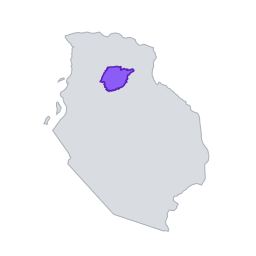 Ulanga, Morogoro, United Republic of Tanzania shown in context, rotated 199°
{"feature_id": "72390352B93515871634078", "entity_name": "Ulanga", "entity_type": "district", "adm_level": 2, "iso_a3": "TZA", "parent_name": "United Republic of Tanzania", "parent_adm1": "Morogoro", "projection": "albers", "projection_center": [36.287, -9.043], "detail": "fine", "context": "in_parent", "style": "filled", "palette": "violet", "viewbox_px": 256, "rotation_deg": 199, "n_neighbors": 0, "source": "geoboundaries", "source_scale": "gbopen_adm2", "svg_char_len": 7680}
<svg xmlns="http://www.w3.org/2000/svg" viewBox="0 0 256 256"><g transform="rotate(199 128 128)"><path d="M97.3,177.3L94.7,175.9L92.3,175.1L90.4,174.2L89.5,173.3L87.7,172.9L86.1,172.8L84.7,172.0L81.7,171.7L81.3,171.2L81.3,169.9L80.7,169.6L79.7,169.3L78.5,169.3L77.8,169.5L77.3,169.4L76.4,168.7L75.5,167.8L75.1,166.3L73.7,165.3L72.1,164.6L67.7,164.7L67.1,164.5L66.0,163.8L64.8,162.6L63.8,161.1L62.9,159.2L61.9,156.6L56.7,146.3L56.2,144.3L55.2,142.2L53.5,139.5L51.8,137.6L49.4,135.8L46.8,134.1L45.3,132.9L42.5,128.0L41.9,125.7L41.5,123.4L41.6,122.4L43.3,119.3L43.4,118.5L43.2,117.3L42.3,114.9L41.2,112.0L38.9,106.6L38.6,105.3L38.6,104.2L39.8,98.8L39.7,98.0L44.8,98.0L48.5,95.6L51.7,91.9L52.3,90.4L53.6,88.1L54.8,86.9L55.3,86.2L56.0,83.9L57.7,82.3L59.3,81.1L59.0,80.2L59.2,79.9L60.1,79.3L61.9,78.7L62.2,77.5L62.2,76.2L61.9,75.4L61.9,74.5L61.6,74.1L60.5,73.9L58.8,73.3L57.3,73.0L56.3,72.7L56.0,72.4L55.8,71.6L56.6,69.5L55.8,68.6L57.5,65.1L57.8,64.7L58.5,64.7L59.5,64.3L60.4,64.1L61.2,64.2L61.8,64.1L62.3,63.7L62.7,62.5L63.0,60.5L62.8,58.9L62.0,57.7L61.8,55.8L62.1,53.3L61.8,51.2L61.0,49.6L60.1,48.6L58.8,48.1L56.8,45.6L56.1,44.4L56.2,43.6L56.9,43.3L58.2,43.4L59.4,43.1L60.5,42.3L61.6,42.1L62.2,42.2L113.4,41.7L173.0,74.4L173.3,74.8L173.7,77.6L173.6,78.6L172.7,80.2L172.4,81.1L172.4,81.7L172.6,81.9L173.4,82.0L174.1,82.4L174.3,82.7L174.8,83.9L175.5,84.5L197.9,100.8L198.4,101.1L198.1,102.4L196.8,105.7L196.7,107.1L196.2,108.7L195.7,109.7L194.4,114.3L193.3,116.1L191.8,120.1L191.5,123.2L192.3,125.4L192.6,127.5L194.3,129.5L195.7,130.2L196.6,131.1L198.3,133.2L199.2,135.3L202.2,136.4L203.3,138.7L202.9,140.3L201.5,141.7L200.2,143.8L199.1,146.7L199.1,151.0L199.8,150.4L201.3,151.5L201.5,154.7L199.8,158.4L199.3,160.1L199.2,161.6L200.4,166.1L202.1,168.4L202.0,169.1L201.5,169.7L204.5,173.8L204.2,177.3L205.4,180.0L205.8,182.4L206.6,184.2L206.7,185.5L205.7,186.9L207.9,187.2L209.2,188.4L209.8,189.5L211.4,189.4L212.3,190.2L213.5,190.8L216.2,192.7L217.0,193.6L217.4,194.5L209.8,200.2L207.1,201.6L205.1,202.3L203.0,202.6L201.0,203.5L199.2,204.9L196.8,205.6L193.9,205.6L190.8,206.6L186.0,209.5L183.2,207.9L181.0,207.3L178.5,207.4L176.9,207.6L176.4,207.9L175.9,208.9L175.5,210.6L173.8,212.2L170.9,213.7L168.2,214.2L165.8,213.9L164.1,213.2L163.2,212.3L162.0,211.9L160.3,212.0L158.7,212.6L157.1,213.8L154.7,214.3L151.3,214.2L149.5,213.6L149.2,212.6L147.8,211.4L145.1,210.1L143.1,210.1L141.8,211.3L140.6,212.2L139.6,212.5L138.6,212.5L137.2,212.2L133.5,212.1L130.0,212.1L129.6,210.3L128.9,209.1L128.2,208.5L127.0,208.3L126.7,207.8L126.3,206.6L125.6,205.7L124.8,204.9L124.4,204.1L124.2,203.4L124.3,202.7L125.1,200.8L125.3,199.5L125.2,198.1L124.8,196.8L123.9,195.1L124.0,194.7L123.7,193.6L123.7,192.8L123.9,191.8L123.7,190.5L123.0,187.8L123.0,187.1L122.2,185.8L119.8,182.7L119.7,182.3L116.0,179.2L114.5,178.5L114.0,179.1L113.8,179.7L113.9,180.7L113.8,181.2L113.7,181.4L112.8,181.4L112.2,181.3L110.8,180.4L109.7,180.2L107.0,180.4L106.1,180.6L105.3,180.4L103.9,179.0L102.2,178.7L100.7,178.7L98.2,177.1L97.3,177.3ZM202.6,125.0L203.8,128.4L203.7,129.1L202.8,129.5L202.4,129.5L201.8,129.0L201.4,127.8L200.8,128.1L199.7,126.7L198.6,126.6L197.6,124.9L198.0,123.5L197.8,121.0L199.0,119.8L199.7,117.7L200.5,119.1L200.6,121.4L201.6,124.0L202.6,125.0ZM208.8,104.6L208.9,105.4L208.6,106.2L208.6,108.6L208.5,110.2L207.6,112.5L206.8,113.2L206.2,113.0L205.6,112.6L205.2,112.0L206.1,107.9L205.7,104.9L207.4,105.2L208.8,104.6ZM205.8,154.2L205.0,154.4L204.6,154.2L204.1,153.5L205.0,152.9L205.9,151.8L208.0,150.2L209.0,148.9L208.9,150.2L207.7,152.9L206.6,153.1L205.8,154.2Z" fill="#d9dde1" stroke="#a8b0b8" stroke-width="1"/><path d="M169.4,162.8L167.2,162.9L166.7,162.9L166.5,163.2L166.5,163.6L166.2,163.7L166.0,163.8L165.7,163.9L165.1,163.6L164.9,163.5L164.7,162.8L164.9,162.1L164.7,161.8L164.8,161.2L164.5,161.0L164.4,161.0L164.2,161.0L163.9,161.4L163.7,161.3L163.5,161.1L163.4,160.7L163.5,159.8L163.4,159.3L163.0,159.1L161.8,159.1L161.8,158.8L161.6,158.8L161.5,158.7L161.2,158.7L161.0,158.3L160.8,158.2L160.7,158.1L160.8,157.7L161.0,157.4L160.9,157.4L160.7,157.2L160.3,156.9L160.0,157.0L159.9,157.0L159.6,156.9L159.4,157.1L159.2,156.9L159.2,157.1L158.7,157.2L158.3,157.3L158.2,157.2L157.9,157.4L157.8,157.2L157.6,157.1L157.6,157.3L157.4,157.4L157.4,157.2L157.2,157.4L157.0,157.5L156.9,157.5L156.6,157.7L156.2,157.7L156.0,157.8L155.7,157.8L155.7,158.0L155.3,158.0L155.3,158.3L155.2,158.4L155.2,158.2L155.1,158.3L155.1,158.5L154.8,158.7L154.7,158.5L154.4,158.5L154.4,158.4L154.3,158.6L154.2,158.6L154.2,158.9L153.8,159.0L153.7,159.1L153.5,159.3L153.4,159.3L153.2,159.4L153.0,159.5L152.7,159.6L152.4,159.7L152.5,159.8L152.3,159.8L152.2,160.0L152.1,160.4L152.2,160.5L152.0,160.8L151.9,160.7L151.7,161.0L151.7,160.9L151.6,161.0L151.5,161.3L151.4,161.3L151.1,161.4L151.0,161.5L150.8,161.5L150.7,161.6L150.4,161.8L150.5,161.7L150.4,161.6L150.2,161.7L149.9,161.6L149.7,161.7L149.7,161.9L149.6,162.0L149.6,162.3L149.4,162.4L149.5,162.5L149.4,162.5L149.2,162.9L149.1,163.0L148.9,163.3L148.6,163.5L148.4,163.8L148.2,163.9L148.0,164.0L147.9,164.0L147.7,164.2L147.6,164.5L147.4,164.5L147.0,164.9L146.5,165.5L146.4,165.6L146.4,165.8L146.2,166.2L146.2,166.4L146.0,166.5L145.8,167.1L145.8,167.4L145.6,167.5L145.6,167.8L145.5,168.2L145.4,168.5L145.5,168.6L145.4,168.8L145.3,169.0L145.1,169.3L145.1,169.6L145.0,170.0L144.9,170.1L144.7,170.5L144.4,170.7L144.5,170.9L144.5,171.0L144.5,171.3L144.8,171.4L144.7,171.5L144.8,171.6L144.7,171.6L144.8,171.7L144.9,171.8L144.8,172.0L145.0,172.3L145.0,172.5L144.9,172.6L145.0,172.7L145.0,172.9L145.1,173.1L145.1,173.5L144.9,173.6L144.6,173.9L144.6,174.0L144.4,174.0L144.4,174.4L144.4,174.5L144.8,174.4L145.0,174.5L145.0,174.8L145.1,175.2L145.0,175.4L145.1,175.6L145.2,175.8L145.2,176.2L145.5,176.7L145.5,176.9L145.5,177.2L145.6,177.3L145.4,177.8L145.3,177.7L145.3,177.8L145.1,177.9L144.7,178.2L144.6,178.5L144.4,178.7L144.0,179.4L143.9,179.8L143.7,180.4L143.5,180.8L143.4,181.3L143.1,181.7L142.9,182.0L142.5,182.3L142.4,182.3L142.1,182.5L142.0,182.8L141.9,182.8L141.7,183.0L141.6,183.3L141.4,183.4L141.3,183.7L141.2,183.9L141.4,184.0L141.4,184.5L141.6,184.5L141.8,184.5L142.2,184.7L142.3,184.9L142.5,185.2L142.8,185.3L143.4,184.9L144.0,184.7L144.6,183.9L145.2,183.6L145.2,183.4L145.4,183.3L145.5,183.4L145.7,183.2L146.2,183.0L146.3,182.9L146.5,182.9L146.7,182.7L146.9,182.6L147.0,182.7L147.2,182.4L147.3,182.4L147.7,182.4L147.6,182.7L147.7,182.8L147.8,182.7L147.8,182.9L147.8,183.0L147.9,182.9L148.0,183.1L148.3,183.1L148.5,183.0L148.8,183.0L148.9,182.9L149.0,182.9L149.1,182.7L149.1,182.8L149.4,182.8L150.0,182.7L150.0,182.8L150.3,182.8L150.5,182.8L150.8,182.8L151.0,182.9L151.2,182.7L151.3,182.8L151.5,182.6L151.7,182.2L151.8,182.1L152.5,181.9L152.8,181.7L153.0,181.5L153.0,181.3L153.0,181.2L153.1,181.3L153.2,181.2L153.4,181.0L153.4,180.8L153.6,180.8L153.5,180.5L153.6,180.3L153.8,180.3L153.8,180.2L153.8,180.4L153.9,180.8L153.8,181.0L153.7,181.0L153.6,181.3L153.8,181.6L154.1,181.6L154.2,181.8L154.4,181.9L154.3,182.1L154.4,182.3L154.3,182.5L154.5,182.9L154.6,183.6L155.0,183.6L155.4,183.4L155.8,183.1L156.1,182.7L156.7,182.7L157.0,182.6L157.3,182.6L157.6,182.7L158.2,182.7L158.7,182.6L160.8,181.4L162.3,180.7L164.1,180.1L164.6,179.9L166.4,178.9L166.6,178.5L166.7,178.4L166.9,178.5L166.9,178.4L166.7,178.3L166.8,178.0L166.9,177.9L166.7,177.8L166.8,177.7L166.8,177.3L167.0,177.1L166.8,177.0L166.9,176.9L167.0,176.8L166.9,176.7L166.9,176.4L167.0,176.4L167.0,176.2L167.2,175.8L167.4,175.6L167.4,175.4L167.5,175.3L167.6,175.1L167.5,174.9L167.8,174.8L167.7,174.7L167.7,174.3L167.8,173.8L167.9,173.4L168.3,172.7L168.5,172.1L168.5,170.7L168.8,169.0L169.0,167.6L169.0,167.2L168.8,166.3L168.8,165.5L168.9,164.7L169.3,163.3L169.4,162.8Z" fill="#8b5cf6" stroke="#5b21b6" stroke-width="1.5"/></g></svg>